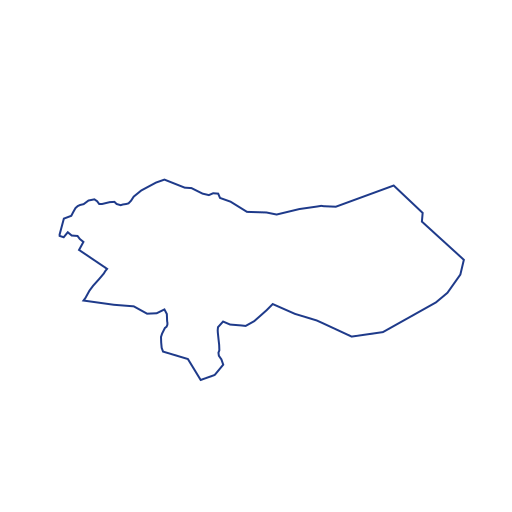 outline of Bodinga, Sokoto, Nigeria, rotated 303°
{"feature_id": "59680162B56562801938729", "entity_name": "Bodinga", "entity_type": "district", "adm_level": 2, "iso_a3": "NGA", "parent_name": "Nigeria", "parent_adm1": "Sokoto", "projection": "natural_earth1", "projection_center": [5.162, 12.807], "detail": "fine", "context": "isolated", "style": "outline", "palette": "blue", "viewbox_px": 512, "rotation_deg": 303, "n_neighbors": 0, "source": "geoboundaries", "source_scale": "gbopen_adm2", "svg_char_len": 1491}
<svg xmlns="http://www.w3.org/2000/svg" viewBox="0 0 512 512"><g transform="rotate(303 256 256)"><path d="M147.0,287.7L149.2,284.9L150.5,283.2L151.0,281.9L152.1,279.2L154.4,277.2L157.0,276.6L161.4,273.5L166.4,269.4L171.1,265.6L172.9,264.3L175.6,262.9L183.1,264.1L184.4,271.6L189.7,281.4L191.7,285.4L200.4,290.0L216.2,294.4L224.8,296.2L228.7,320.3L235.0,342.0L236.0,348.5L240.5,380.1L261.3,403.9L315.1,432.2L329.4,436.6L351.7,437.5L366.0,432.4L375.2,376.4L382.9,372.3L390.1,333.1L340.8,296.1L334.6,285.6L333.6,283.4L330.6,280.1L319.0,266.8L302.0,250.7L298.2,241.1L298.1,240.9L288.1,224.4L287.7,205.1L285.1,194.2L287.7,190.3L285.3,185.9L281.4,183.3L279.2,177.2L277.8,164.9L274.5,159.0L270.2,137.6L263.2,132.2L248.5,124.1L239.2,121.1L234.3,121.1L230.7,120.4L228.9,118.8L226.7,116.3L224.9,114.8L223.7,110.8L224.3,107.8L221.5,104.0L215.7,98.5L214.2,96.2L215.4,92.9L215.5,89.6L211.3,85.3L205.6,83.2L203.0,80.7L200.8,79.3L197.9,78.5L193.1,78.8L189.1,79.2L182.7,74.5L167.0,79.6L165.9,80.4L167.0,84.5L173.4,85.2L172.8,90.3L175.6,95.4L174.3,99.0L173.8,103.6L164.7,104.3L164.1,138.1L161.3,137.8L158.4,137.9L151.3,137.0L142.4,135.6L136.2,135.2L128.0,135.8L124.7,135.6L137.7,163.4L147.2,180.9L148.3,196.1L153.9,203.9L161.3,208.3L158.8,212.8L155.3,215.3L154.4,215.9L152.9,217.0L151.6,218.2L150.1,219.1L148.0,219.5L146.0,218.8L139.8,219.5L136.4,220.4L131.8,223.6L127.6,226.9L125.2,230.1L132.5,255.0L121.9,277.1L133.1,285.7L134.0,286.2L147.0,287.7Z" fill="none" stroke="#1e3a8a" stroke-width="2"/></g></svg>